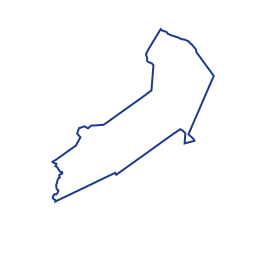 Poção de Pedras, Maranhão, Brazil, rotated 139°
{"feature_id": "56859067B9386852813171", "entity_name": "Poção de Pedras", "entity_type": "district", "adm_level": 2, "iso_a3": "BRA", "parent_name": "Brazil", "parent_adm1": "Maranhão", "projection": "mercator", "projection_center": [-44.86, -4.789], "detail": "fine", "context": "isolated", "style": "outline", "palette": "blue", "viewbox_px": 256, "rotation_deg": 139, "n_neighbors": 0, "source": "geoboundaries", "source_scale": "gbopen_adm2", "svg_char_len": 1774}
<svg xmlns="http://www.w3.org/2000/svg" viewBox="0 0 256 256"><g transform="rotate(139 128 128)"><path d="M167.5,100.4L147.4,98.5L146.1,98.4L131.7,97.0L105.7,94.6L98.1,93.9L89.2,92.7L89.0,91.1L88.3,90.0L88.3,88.6L88.2,87.5L88.2,86.4L95.4,79.2L86.3,74.8L85.7,76.5L86.5,83.6L71.9,90.6L69.8,91.6L68.0,92.5L66.4,93.2L62.2,95.2L53.9,99.2L40.2,105.8L29.1,111.0L26.6,140.4L25.8,141.6L25.3,142.7L25.0,143.9L25.2,145.0L25.1,147.1L25.1,149.2L25.4,150.5L25.5,151.6L25.6,152.7L25.3,153.7L26.2,155.2L26.6,156.3L27.3,157.6L29.0,159.6L30.5,162.4L30.9,163.8L32.1,165.4L33.0,167.3L34.1,168.7L34.8,170.0L35.4,171.6L36.0,172.5L36.0,173.8L35.9,174.9L36.3,176.0L37.0,177.0L37.9,178.3L38.4,179.7L38.5,181.2L60.5,174.1L63.4,173.0L64.9,172.5L66.2,171.6L68.0,167.7L69.5,166.3L69.5,164.9L68.4,162.6L67.6,161.1L67.6,158.7L84.6,142.0L85.6,141.0L95.2,141.7L99.7,142.1L110.1,143.1L112.2,143.3L127.7,144.8L132.4,145.2L134.4,145.4L139.6,145.9L144.5,146.5L149.5,150.3L154.3,154.0L158.5,154.0L159.6,157.7L165.1,160.0L166.3,159.3L170.0,157.2L170.0,152.2L177.0,149.6L178.8,148.9L181.7,149.2L183.2,149.3L184.5,149.5L190.7,150.1L193.0,150.3L194.4,150.4L196.1,150.6L197.2,150.7L199.3,150.9L204.1,151.4L207.1,152.0L206.9,150.1L206.0,148.9L205.5,147.9L206.5,147.2L207.8,146.9L207.2,144.9L207.4,143.3L207.7,141.9L207.8,140.1L207.8,138.8L206.7,138.1L207.3,137.0L208.4,136.9L209.4,137.4L210.7,137.6L211.4,136.5L212.1,135.3L213.3,135.7L214.6,135.3L215.5,134.7L216.5,134.1L217.8,133.0L219.3,132.4L220.5,130.9L221.5,129.5L221.9,127.9L221.4,126.7L222.5,125.8L223.7,125.3L224.8,125.0L225.9,125.0L226.7,126.2L227.9,126.0L229.4,125.7L230.7,124.5L230.8,123.4L230.4,122.1L230.1,121.0L231.0,120.2L214.1,115.5L212.9,115.2L200.0,111.6L174.6,104.7L167.1,102.6L167.5,100.4Z" fill="none" stroke="#1e3a8a" stroke-width="2"/></g></svg>